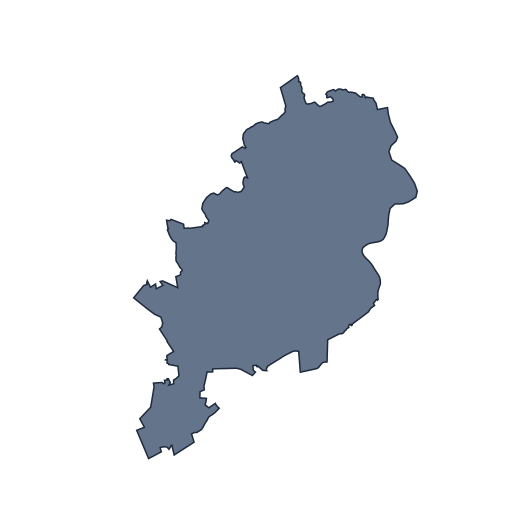 Deva, Hunedoara, Romania, rotated 66°
{"feature_id": "2599482B46544097516710", "entity_name": "Deva", "entity_type": "district", "adm_level": 2, "iso_a3": "ROU", "parent_name": "Romania", "parent_adm1": "Hunedoara", "projection": "albers", "projection_center": [22.901, 45.856], "detail": "fine", "context": "isolated", "style": "filled", "palette": "slate", "viewbox_px": 512, "rotation_deg": 66, "n_neighbors": 0, "source": "geoboundaries", "source_scale": "gbopen_adm2", "svg_char_len": 6007}
<svg xmlns="http://www.w3.org/2000/svg" viewBox="0 0 512 512"><g transform="rotate(66 256 256)"><path d="M195.2,324.8L195.6,325.3L196.0,326.3L199.1,326.4L202.0,326.6L203.7,326.4L205.4,326.4L208.1,325.6L209.2,325.1L209.8,324.6L211.6,323.7L216.6,325.7L221.2,328.2L223.2,328.7L224.2,329.5L227.8,331.0L232.8,330.3L235.5,330.2L236.9,329.5L238.5,329.1L239.4,329.5L240.0,331.5L241.8,332.2L242.6,333.5L242.2,337.6L253.1,340.4L240.8,351.4L240.3,354.0L245.0,353.1L245.4,360.5L240.7,359.1L241.0,361.0L241.6,365.1L234.4,365.4L236.0,366.8L237.6,367.0L237.3,370.7L244.5,384.8L260.2,376.7L267.9,372.4L273.1,367.8L279.1,368.4L282.6,371.0L283.4,373.9L297.3,371.6L297.9,372.1L309.7,370.1L310.7,377.8L311.4,378.4L314.4,379.1L314.7,379.4L314.0,380.9L314.1,381.0L315.1,379.5L317.7,380.9L318.6,379.7L319.6,379.9L324.9,372.2L334.1,375.1L335.4,378.7L335.8,381.8L339.3,383.2L338.5,388.2L336.9,385.8L332.4,386.0L331.9,387.1L333.1,387.5L332.3,390.2L334.8,390.7L335.3,392.0L333.2,393.5L330.4,401.4L334.0,402.3L351.3,413.7L357.4,428.4L367.1,427.6L366.7,435.9L397.4,436.5L396.4,422.1L392.1,421.6L392.2,419.9L393.6,416.0L394.4,415.1L395.6,414.6L397.2,414.1L394.6,410.3L394.6,409.8L404.5,411.7L400.9,388.3L392.2,387.2L392.2,384.1L393.0,382.2L393.1,381.5L392.4,376.5L391.1,374.3L389.8,372.8L387.6,369.8L385.9,367.1L384.2,365.2L383.9,364.7L383.5,363.1L383.1,360.2L382.6,358.0L381.6,355.2L380.1,351.5L379.6,351.7L379.2,352.0L375.7,353.1L374.1,353.0L375.5,360.8L371.1,363.0L368.7,360.9L365.9,359.2L362.7,365.0L357.2,362.3L357.2,357.6L353.9,356.6L346.7,351.1L345.5,350.3L342.1,347.9L344.3,342.7L341.5,341.4L347.0,328.2L350.5,319.7L353.1,316.2L363.7,307.9L361.8,303.7L359.4,304.9L355.0,303.5L355.9,300.1L357.0,300.3L357.6,300.1L357.8,299.7L357.8,299.1L357.6,298.9L363.0,296.5L364.0,295.0L364.9,293.4L365.1,292.8L364.6,293.0L363.9,292.7L362.8,291.9L362.0,290.8L361.5,289.8L361.4,289.9L360.5,284.0L359.1,273.7L358.8,272.6L358.5,269.0L358.1,260.7L359.1,257.9L360.5,255.8L380.2,262.8L383.6,246.2L383.5,245.3L383.3,244.1L383.1,244.1L380.6,238.9L380.5,237.9L380.7,236.8L381.7,234.2L361.7,224.6L361.7,224.1L361.0,211.6L361.8,209.5L362.0,208.3L361.3,206.4L360.7,205.7L360.4,204.2L359.9,203.4L359.3,202.5L359.1,200.3L358.3,200.3L357.5,199.8L356.5,198.0L356.8,197.5L358.1,197.4L358.5,196.9L358.1,196.1L357.4,196.1L352.8,176.1L351.9,174.7L350.5,172.7L349.4,167.8L347.0,167.9L344.7,163.7L345.8,163.1L345.4,162.1L343.0,161.3L340.8,160.4L337.8,158.9L335.7,157.1L334.4,156.0L333.0,154.5L331.6,153.5L329.7,152.7L327.9,152.1L325.6,151.8L323.3,151.8L320.7,152.3L314.6,153.2L312.1,153.5L309.6,154.0L305.5,155.3L303.3,156.3L301.2,156.9L299.0,157.5L297.2,157.6L295.2,157.3L293.8,156.7L292.6,155.7L291.9,154.8L291.5,153.7L291.2,152.7L291.0,151.3L290.7,149.7L290.6,147.5L291.0,145.0L291.6,143.1L292.0,141.4L292.5,139.6L292.8,137.9L293.0,136.2L292.8,134.5L292.5,133.0L291.5,131.5L290.6,130.3L289.8,129.4L289.0,128.4L287.9,127.5L286.1,126.1L283.8,124.6L281.7,123.0L278.0,121.1L275.8,119.9L273.6,118.7L272.4,118.0L267.1,114.1L265.0,108.0L268.2,100.2L268.6,94.5L267.4,86.1L262.4,82.3L254.0,81.6L245.2,82.8L236.5,84.5L230.6,88.2L223.6,93.0L214.7,92.1L210.2,87.7L208.0,81.4L205.1,78.3L198.0,78.4L188.7,78.8L180.7,77.5L173.9,75.5L171.6,85.5L165.4,84.2L161.4,84.9L160.6,84.9L159.9,84.8L159.5,84.7L159.3,85.0L158.7,86.1L157.4,88.0L156.1,89.9L155.9,90.0L155.8,90.4L155.9,90.6L156.2,91.1L156.3,91.4L156.2,91.5L155.6,91.7L155.2,91.6L154.2,91.5L153.3,91.5L152.6,91.8L152.2,92.1L152.0,92.3L151.8,92.7L151.8,93.2L151.9,93.4L152.1,93.7L152.8,93.9L153.5,94.1L153.7,94.3L153.8,94.5L153.8,95.0L153.4,95.6L153.0,96.0L151.5,96.9L148.1,98.5L147.5,98.9L147.5,99.1L146.9,99.8L145.9,101.1L144.7,103.0L144.4,104.0L144.3,104.4L144.2,104.6L143.7,105.0L142.1,105.7L140.9,105.9L140.6,106.0L140.4,106.2L140.2,106.5L139.7,109.0L139.4,109.4L138.5,110.0L137.8,111.1L137.3,112.0L137.1,112.4L137.1,112.6L137.0,113.4L137.1,114.0L137.5,115.6L137.6,116.0L137.5,116.4L137.3,116.6L136.1,116.9L135.6,117.4L135.4,117.9L135.1,123.0L135.2,124.2L136.6,126.4L138.3,125.8L138.7,126.2L140.0,126.9L140.4,126.7L140.6,125.4L140.6,123.4L143.1,122.1L143.9,121.9L145.1,122.1L145.8,122.5L145.9,123.5L145.7,125.4L145.0,126.9L144.7,127.7L144.7,128.4L144.9,129.2L145.1,130.1L145.2,131.1L145.4,132.6L145.4,133.7L145.5,136.2L145.2,137.1L144.8,137.4L142.8,138.3L140.5,139.2L139.4,139.7L139.2,140.1L139.1,140.8L139.1,143.5L138.8,145.2L137.7,148.0L134.4,148.3L130.4,147.6L130.2,147.2L129.8,146.8L129.5,146.5L128.6,146.1L128.3,146.0L128.0,146.0L127.8,146.1L127.5,146.1L127.4,146.3L126.3,146.8L125.6,147.1L125.2,147.2L124.8,147.2L124.3,147.2L123.7,147.0L123.2,146.8L122.8,146.6L122.3,146.3L121.9,146.1L121.7,145.9L121.1,145.8L120.9,145.8L120.4,145.6L119.6,145.6L118.7,145.8L118.2,145.8L116.4,144.9L115.8,144.7L115.4,144.8L115.2,144.8L114.9,145.0L114.6,145.2L114.2,146.0L113.9,146.2L113.3,145.7L112.8,145.4L112.5,145.3L111.6,145.0L111.0,144.9L110.5,144.8L110.3,144.7L109.7,144.7L109.4,144.7L108.7,144.8L108.4,144.8L108.2,144.8L107.7,145.2L107.5,145.3L108.2,145.2L112.1,165.2L131.4,167.8L131.9,168.5L133.8,169.9L136.1,170.7L137.4,173.0L137.9,175.1L140.0,180.5L139.5,184.8L139.6,187.2L139.5,188.9L140.4,190.3L139.3,192.1L137.7,194.5L136.1,195.7L135.3,199.0L135.2,202.3L136.5,206.8L136.1,207.5L136.7,210.9L136.6,212.1L136.9,213.3L138.6,216.6L139.1,217.5L140.0,218.3L143.3,220.3L150.3,221.6L152.5,220.9L153.2,222.2L150.7,224.1L152.6,234.8L152.6,236.1L154.3,237.9L156.5,238.1L158.6,237.5L161.5,237.3L161.5,236.5L160.8,235.4L164.5,233.0L163.8,231.0L181.2,232.0L179.3,233.9L179.9,235.4L183.1,237.8L185.3,238.6L188.2,238.7L190.7,242.7L191.0,243.8L190.7,245.2L190.6,246.3L188.0,250.2L184.8,252.5L182.0,254.3L181.6,254.9L181.5,255.6L182.9,260.6L184.5,263.9L184.5,266.5L181.3,269.0L181.0,272.2L182.5,277.4L186.2,283.1L191.0,286.4L194.6,286.0L197.2,285.4L199.3,285.7L202.7,285.1L204.4,284.6L206.7,287.0L204.6,289.3L206.3,289.9L206.4,292.4L207.4,292.7L203.7,305.5L203.0,306.1L201.5,310.4L197.5,309.2L188.0,318.7L188.7,320.5L186.9,323.1L190.1,324.0L193.9,324.9L194.5,325.2L195.2,324.8Z" fill="#64748b" stroke="#1e293b" stroke-width="1.5"/></g></svg>